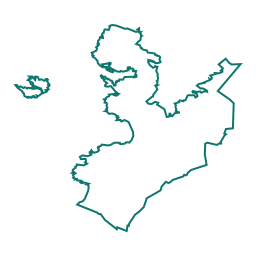 outline of Sola nor, Rogaland, Norway
{"feature_id": "86288312B13640802673877", "entity_name": "Sola nor", "entity_type": "district", "adm_level": 2, "iso_a3": "NOR", "parent_name": "Norway", "parent_adm1": "Rogaland", "projection": "natural_earth1", "projection_center": [5.581, 58.887], "detail": "fine", "context": "isolated", "style": "outline", "palette": "teal", "viewbox_px": 256, "rotation_deg": 0, "n_neighbors": 0, "source": "geoboundaries", "source_scale": "gbopen_adm2", "svg_char_len": 5640}
<svg xmlns="http://www.w3.org/2000/svg" viewBox="0 0 256 256"><path d="M232.9,128.3L233.7,103.3L229.9,99.6L217.8,91.1L240.6,64.1L231.6,64.5L229.0,62.7L225.7,58.7L218.7,64.4L222.9,68.4L221.0,70.4L222.4,70.6L222.3,71.9L218.9,73.3L215.8,73.1L216.5,73.7L210.3,75.5L211.9,77.7L211.5,79.0L210.1,79.2L210.7,79.8L209.6,79.0L209.9,80.0L203.4,82.7L203.8,83.0L198.9,84.0L196.9,85.6L200.5,88.4L203.1,88.5L206.8,90.5L207.1,91.8L205.1,91.1L201.2,92.7L200.2,91.4L197.1,92.0L192.8,91.0L192.4,91.7L193.1,92.7L194.6,92.4L196.8,94.1L197.5,96.0L197.1,96.6L195.5,97.5L194.4,95.3L188.4,95.2L187.5,95.7L185.5,100.2L183.4,100.5L183.3,101.2L179.7,100.4L178.8,101.5L179.0,102.2L174.7,103.5L175.9,105.3L175.5,106.8L176.4,110.3L175.7,110.9L176.0,111.6L179.8,112.5L174.6,113.3L172.2,116.3L170.9,115.9L170.8,114.4L170.2,114.0L170.8,113.7L169.5,113.7L169.2,116.5L166.8,117.0L164.3,109.1L157.1,104.6L158.2,102.8L155.2,101.8L151.7,104.0L148.4,103.7L146.4,101.5L152.5,96.4L153.3,96.6L152.5,96.3L153.0,96.4L153.3,94.8L157.3,89.4L155.9,86.2L157.3,85.4L155.9,85.3L157.1,84.3L157.5,81.9L156.8,81.0L157.6,80.5L158.1,77.4L157.5,76.1L157.8,74.3L156.2,70.8L157.5,66.7L155.1,66.3L155.1,67.0L152.9,67.7L149.6,64.8L148.2,62.2L148.3,60.8L150.6,61.2L149.6,60.2L151.7,60.6L151.7,61.3L152.8,61.1L153.3,62.0L154.3,61.7L155.3,63.3L159.6,62.7L160.6,62.0L159.4,59.4L160.1,57.3L159.4,56.2L156.6,55.6L156.6,54.9L155.0,54.8L154.6,53.4L147.7,52.5L146.8,50.4L143.4,49.7L141.1,48.2L141.4,47.9L140.6,47.4L140.0,45.4L136.4,44.1L137.3,43.6L137.2,42.6L140.5,39.9L141.0,36.0L141.9,35.7L140.6,34.6L140.8,33.5L140.0,32.7L140.5,32.2L139.3,32.4L139.1,28.3L137.5,29.5L138.6,29.8L138.7,31.5L135.8,31.9L127.5,28.5L124.9,28.8L116.1,25.5L112.0,25.0L109.4,26.0L109.9,27.0L108.8,29.9L105.0,29.4L104.1,30.4L103.7,32.9L102.6,33.2L102.0,34.5L102.5,35.5L101.6,36.1L102.8,36.6L103.0,38.0L99.9,37.5L99.4,39.6L98.1,40.7L97.9,43.0L98.9,43.4L98.7,44.9L97.6,44.6L97.9,45.9L96.1,47.2L97.0,48.3L96.4,50.6L91.7,52.8L92.7,53.9L92.2,55.0L93.3,55.6L92.6,56.2L92.8,57.0L94.2,57.4L97.4,60.6L97.7,62.8L99.5,65.2L102.6,67.3L106.5,67.2L107.2,68.3L106.3,68.8L106.5,69.5L110.1,71.4L112.7,72.3L113.3,71.7L112.4,69.9L108.0,68.4L106.3,66.8L103.8,66.8L102.0,64.4L107.5,63.5L108.6,64.5L109.2,62.7L110.6,63.0L110.5,64.2L108.7,66.2L110.5,68.1L117.0,71.5L120.0,71.8L120.9,70.9L122.9,71.7L127.5,70.6L127.8,68.6L127.1,67.7L128.1,68.8L127.9,67.4L129.8,67.1L130.2,68.6L128.7,68.9L132.6,68.5L134.1,70.5L132.1,71.3L136.1,71.0L135.2,74.8L136.6,75.3L136.3,76.9L135.1,77.1L135.4,76.8L135.3,75.2L135.2,76.7L124.6,77.0L122.9,79.7L119.3,79.5L119.2,80.9L117.2,80.8L117.0,82.0L115.9,81.8L115.5,85.4L113.9,85.5L113.1,83.0L112.4,83.0L112.3,81.1L111.8,80.8L112.3,80.6L110.7,80.7L108.3,78.8L107.6,79.2L104.9,76.6L103.6,77.0L101.4,75.3L100.7,75.6L101.5,77.7L104.3,79.2L103.5,79.5L104.0,80.7L107.1,83.1L105.5,84.3L105.0,85.9L107.0,86.7L110.9,86.1L116.0,92.2L115.3,93.0L116.3,92.2L117.5,93.1L115.9,93.1L118.8,93.9L116.8,95.6L115.6,94.6L115.3,95.4L113.8,95.0L114.0,93.9L109.0,94.6L109.6,95.4L109.0,96.3L107.1,97.0L105.8,98.2L106.0,98.9L103.9,99.4L105.1,100.7L104.6,102.6L106.4,102.7L107.1,104.1L106.4,105.7L107.3,107.7L106.3,109.0L107.1,109.1L107.1,110.5L105.4,111.2L106.9,111.5L108.9,113.8L112.4,113.5L115.8,114.8L116.9,116.2L116.5,116.3L116.3,116.7L116.5,116.4L117.0,116.3L116.6,116.9L117.7,117.2L116.9,117.6L117.4,118.5L116.7,119.0L117.5,118.9L116.5,120.1L120.6,119.9L120.7,120.9L121.5,121.1L120.7,121.0L121.6,121.5L124.5,120.0L128.6,122.0L133.0,131.9L133.3,136.0L131.6,140.0L129.4,142.6L126.4,142.2L124.8,143.6L121.1,144.2L119.8,143.7L119.8,142.8L114.5,142.7L109.9,145.2L107.7,145.4L101.8,144.6L100.8,145.9L98.2,146.8L97.9,147.4L98.7,147.9L98.1,148.6L99.1,150.3L97.6,151.7L94.3,152.7L92.4,151.8L92.6,152.6L91.6,152.9L90.8,152.0L92.3,151.5L91.4,150.2L90.7,151.7L89.7,152.0L89.6,152.8L91.2,154.7L90.5,155.2L87.2,156.2L82.6,155.4L79.9,156.8L80.9,159.1L85.6,159.0L86.1,161.1L85.0,162.4L87.1,163.6L83.7,165.4L76.8,164.5L76.7,165.8L75.2,166.9L75.6,167.7L72.8,169.8L72.7,171.4L73.8,172.0L72.3,172.9L75.2,173.4L72.9,175.1L73.9,177.2L73.2,177.8L74.9,178.6L74.7,179.5L77.0,178.9L77.1,180.4L80.0,180.5L80.7,182.0L80.3,182.4L81.1,182.9L81.5,182.1L80.5,181.3L81.4,180.8L82.9,182.0L81.7,182.7L82.2,183.0L84.5,182.6L88.5,183.7L86.7,184.5L88.4,184.9L88.6,188.1L88.0,191.2L84.9,198.6L82.8,201.3L79.6,202.2L77.2,204.6L96.9,212.5L98.8,214.0L100.7,214.1L104.9,219.9L116.8,229.2L117.3,227.3L126.7,231.0L127.5,225.6L128.7,225.9L129.1,223.8L135.0,214.7L139.3,211.5L143.8,207.0L146.8,198.2L160.6,190.3L161.7,186.4L165.9,181.8L168.2,183.0L170.4,182.2L172.5,180.0L183.2,176.4L184.2,174.8L185.4,175.4L186.8,174.9L187.8,172.8L191.0,170.0L206.6,164.9L204.8,154.3L205.2,143.7L207.3,142.7L216.8,144.9L219.9,143.2L221.0,143.7L221.3,143.2L220.7,142.0L224.4,135.6L226.0,134.3L224.3,133.4L226.0,129.0L232.9,128.3ZM32.3,76.5L29.4,76.5L30.9,77.6L30.1,77.9L30.6,78.7L29.0,78.8L27.8,80.1L29.6,80.6L30.6,83.4L31.8,82.1L32.9,83.1L33.4,84.8L32.1,84.9L33.2,86.2L32.0,87.4L33.7,87.6L34.1,86.4L33.7,86.4L34.4,86.0L41.1,88.6L41.1,89.6L37.2,88.2L33.3,88.9L28.0,87.7L27.2,88.5L24.7,87.2L23.4,88.0L20.4,86.4L18.6,87.2L16.8,85.0L15.4,85.1L17.7,87.9L22.5,91.4L22.6,92.7L23.9,93.3L24.4,96.0L27.9,97.8L28.6,97.6L27.6,96.9L28.0,96.7L30.4,97.6L31.0,96.9L31.5,97.6L33.2,97.0L33.2,96.0L33.7,95.9L34.8,97.5L37.0,97.3L37.4,96.5L36.8,95.6L38.3,96.0L41.3,94.0L42.0,91.8L41.0,89.8L42.1,90.4L42.8,93.2L46.5,91.8L47.2,91.0L45.7,90.0L48.6,89.2L47.4,87.4L48.9,86.3L48.6,85.9L49.2,85.6L48.3,84.7L49.2,84.3L46.7,80.7L47.9,79.8L47.2,79.0L45.7,79.2L46.1,79.9L44.2,80.8L41.4,79.3L39.2,79.9L37.9,77.0L35.3,76.5L34.8,76.9L35.6,78.4L35.2,80.1L34.5,79.5L34.6,78.4L32.9,77.9L32.3,76.5Z" fill="none" stroke="#0f766e" stroke-width="2"/></svg>